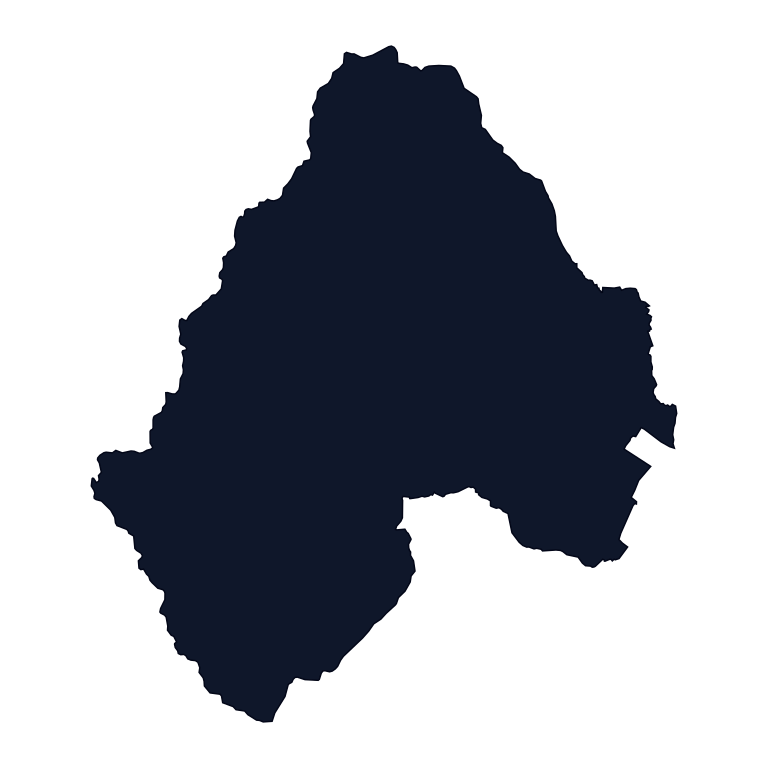 outline of Hang Chat, Lampang, Thailand
{"feature_id": "78962969B1257188222382", "entity_name": "Hang Chat", "entity_type": "district", "adm_level": 2, "iso_a3": "THA", "parent_name": "Thailand", "parent_adm1": "Lampang", "projection": "natural_earth1", "projection_center": [99.296, 18.345], "detail": "fine", "context": "isolated", "style": "filled", "palette": "ink", "viewbox_px": 768, "rotation_deg": 0, "n_neighbors": 0, "source": "geoboundaries", "source_scale": "gbopen_adm2", "svg_char_len": 6075}
<svg xmlns="http://www.w3.org/2000/svg" viewBox="0 0 768 768"><path d="M428.9,66.1L425.0,67.4L421.9,70.6L420.6,70.8L416.7,67.2L415.1,67.0L411.9,67.7L407.8,65.1L403.7,63.9L398.2,63.2L397.7,62.1L397.2,52.7L395.7,49.5L394.1,47.4L391.4,46.1L388.7,46.7L372.7,55.2L363.8,57.9L360.8,57.3L354.1,53.9L351.7,54.0L346.5,52.4L344.4,53.8L343.6,63.6L339.5,68.3L333.1,72.6L331.7,78.4L328.3,83.5L320.3,88.1L317.6,91.8L316.9,98.6L313.1,105.9L312.7,107.6L313.1,110.1L314.5,114.3L314.4,116.3L311.0,119.2L310.5,120.4L310.0,131.3L310.6,136.7L307.2,141.2L307.5,143.0L311.3,152.6L310.7,158.7L309.6,159.9L304.0,161.2L302.5,165.6L298.0,167.0L296.6,168.4L291.6,178.8L287.8,183.9L283.6,188.1L282.5,195.3L280.0,198.4L277.5,199.8L274.0,200.9L271.0,200.6L267.6,199.3L264.4,202.2L259.7,202.3L259.0,203.1L258.7,206.2L258.1,207.0L251.5,209.4L248.3,208.8L246.1,209.5L244.8,211.1L244.6,213.9L243.7,216.7L242.6,217.2L241.0,216.4L239.3,217.3L237.4,221.0L235.0,230.2L234.6,236.1L236.2,242.7L235.6,245.5L233.7,248.6L228.2,252.0L226.3,256.0L223.8,256.8L222.8,258.2L223.6,262.7L223.4,267.5L222.6,269.6L219.8,272.7L219.2,276.1L219.6,277.9L221.9,279.2L222.6,280.6L221.3,288.9L215.9,295.0L213.2,295.0L211.6,295.6L208.6,299.6L203.0,303.5L201.7,306.2L191.5,313.4L188.9,316.4L186.8,320.5L185.1,320.5L181.8,318.6L179.8,320.1L179.1,326.4L180.8,334.2L179.6,338.1L179.5,341.3L180.9,344.0L185.5,346.5L186.7,348.6L186.3,349.9L182.7,350.8L182.1,352.2L183.7,357.7L183.6,361.1L182.6,365.8L183.4,369.8L183.1,373.6L180.4,378.9L179.7,386.9L178.9,390.1L175.9,393.5L174.7,394.0L172.1,393.9L167.6,392.6L165.8,392.7L166.2,401.9L165.7,404.4L162.8,407.5L162.3,410.8L161.4,412.4L154.3,416.2L153.6,417.4L153.1,419.8L153.1,428.3L152.2,429.5L150.6,430.4L150.1,431.5L150.2,443.0L152.5,447.0L152.5,448.0L150.7,449.3L147.0,450.2L142.8,452.6L140.5,453.1L139.1,453.2L134.2,451.3L131.0,451.0L122.3,452.9L115.8,450.4L112.4,452.9L106.1,452.2L103.9,452.7L99.9,455.3L97.7,458.0L97.5,459.8L99.3,462.9L101.4,472.3L98.5,475.6L99.1,479.2L98.7,481.3L96.4,482.6L93.6,478.4L92.5,478.2L92.1,478.8L91.3,486.0L94.0,490.4L94.9,493.3L94.0,496.7L94.3,498.4L96.2,499.6L101.5,501.0L110.7,510.1L114.8,517.4L115.5,522.9L117.0,525.6L126.8,529.4L128.0,530.7L128.9,533.3L133.7,536.0L134.9,548.5L136.6,550.4L141.0,553.2L142.4,555.6L141.8,557.5L138.4,560.8L139.0,568.2L140.8,569.6L143.6,569.1L146.5,574.1L148.8,576.3L150.0,580.2L152.1,582.7L157.8,588.2L162.9,589.7L164.5,591.5L165.0,593.4L164.9,599.7L160.6,608.5L159.9,612.0L160.7,613.1L164.6,615.1L166.2,617.2L167.8,626.1L167.5,630.2L171.2,635.2L173.8,636.4L176.6,642.0L174.7,643.5L174.6,644.5L175.3,647.6L177.7,650.8L178.3,653.5L180.8,654.7L183.8,654.4L185.8,655.6L187.8,658.9L190.9,660.1L195.4,660.6L197.9,662.2L199.8,667.7L199.1,672.4L203.2,677.8L204.1,681.2L204.4,686.0L210.1,692.9L220.0,694.2L221.5,695.9L222.7,702.7L233.2,706.6L236.0,709.7L244.7,711.0L247.9,714.7L256.5,720.1L259.5,720.4L263.2,721.9L272.1,721.3L274.8,712.9L285.0,696.5L288.1,684.9L289.0,683.8L291.8,682.3L293.1,679.4L294.9,677.5L297.3,677.1L304.9,679.6L318.2,680.3L319.3,679.4L321.3,673.1L322.9,671.0L324.9,670.7L329.6,671.8L332.2,671.1L335.3,668.9L337.6,666.4L340.6,660.2L343.4,656.3L362.6,638.0L368.7,631.1L373.8,623.8L380.9,619.1L386.2,613.3L395.5,604.8L396.4,603.5L398.4,597.6L405.0,591.2L410.2,582.0L411.1,576.0L415.0,571.1L413.5,560.8L410.5,555.4L410.6,552.0L409.5,550.4L408.7,547.9L408.5,544.3L411.0,539.5L410.9,538.7L408.2,533.4L406.8,532.3L404.9,529.2L396.9,529.9L395.5,529.5L396.6,526.1L400.8,521.3L402.4,517.8L402.6,500.4L402.0,498.4L403.0,496.4L409.4,497.1L409.7,498.5L410.4,498.6L418.1,497.5L422.0,496.2L424.6,496.9L428.8,496.0L430.7,494.6L432.5,495.1L434.3,492.1L435.3,493.2L442.8,496.7L444.1,496.2L445.5,494.3L450.8,492.7L453.5,492.8L458.1,491.7L468.0,486.8L469.3,486.7L471.0,487.5L473.2,487.1L475.5,489.1L475.6,492.0L478.9,493.1L478.6,494.7L481.9,497.4L487.4,499.0L490.5,500.9L490.5,505.6L491.0,506.2L496.2,508.2L499.1,507.7L501.5,509.3L503.3,511.4L508.0,513.5L512.0,532.8L519.2,542.3L522.9,545.5L526.7,547.1L529.0,547.0L534.0,548.9L536.7,548.3L541.2,549.3L542.5,550.9L555.9,550.0L560.4,550.4L562.8,551.5L566.8,554.7L578.1,557.1L582.4,563.1L585.5,565.7L590.6,566.1L592.2,567.2L593.9,567.0L595.3,566.3L602.8,559.2L604.4,560.1L604.4,561.1L605.0,561.2L609.7,559.3L611.2,559.4L612.3,560.9L614.1,559.2L615.2,559.8L619.0,558.6L627.6,547.0L622.4,543.1L618.9,539.5L620.8,533.2L633.0,505.6L634.7,503.6L636.4,504.0L636.5,501.7L631.2,497.4L634.7,490.4L638.7,480.4L650.7,466.4L624.1,449.1L625.8,445.6L629.9,440.5L630.6,438.0L632.9,436.0L635.7,436.6L641.2,427.6L644.4,429.2L661.0,441.8L669.7,446.7L674.4,448.2L673.0,443.7L673.7,439.8L672.7,434.8L673.6,427.3L675.0,423.3L675.5,417.4L676.7,413.5L675.6,406.1L672.3,404.4L670.8,406.2L669.5,406.5L667.7,405.0L666.1,405.6L664.5,405.2L663.3,403.6L660.6,403.8L658.9,401.5L655.7,398.8L655.2,396.5L653.7,394.4L653.1,392.4L653.7,388.7L656.2,385.8L656.6,384.6L654.2,378.8L651.8,375.6L651.6,370.5L652.2,369.5L652.3,366.9L650.9,362.0L650.9,356.3L650.0,354.9L648.6,354.6L648.2,353.6L650.3,346.8L652.8,345.8L647.7,331.3L649.5,331.1L650.1,329.4L651.2,329.1L650.6,327.3L649.1,325.1L649.2,323.3L651.0,320.4L650.9,318.1L651.5,316.8L650.1,315.5L646.7,314.0L648.6,311.6L649.0,309.9L645.7,307.4L646.2,306.4L648.0,306.5L649.4,305.9L645.1,302.2L640.7,301.0L638.9,296.9L638.1,293.0L637.1,292.0L636.4,289.6L635.1,288.6L630.2,288.2L625.8,288.6L621.6,290.3L619.7,287.1L614.3,288.1L602.8,287.5L602.4,292.4L601.2,292.4L600.9,291.3L599.3,290.1L598.9,288.2L597.5,287.8L596.7,284.6L594.3,285.0L592.2,280.8L590.0,280.1L588.5,280.3L584.8,278.2L584.3,276.5L582.7,274.7L582.0,272.6L576.8,267.8L576.8,263.7L575.1,263.8L571.8,261.1L569.5,255.9L566.4,252.2L562.4,245.5L557.9,235.9L556.2,231.0L555.4,216.3L554.3,210.7L551.9,203.9L548.5,198.0L548.0,195.6L545.5,191.5L541.6,181.0L540.6,180.1L535.1,178.5L529.3,174.0L523.0,172.0L519.5,169.2L515.2,163.2L509.2,157.2L502.4,152.7L502.9,147.7L501.3,145.4L497.2,143.3L492.8,140.0L485.3,129.4L481.7,127.7L480.7,123.3L481.4,115.4L478.7,103.9L478.1,98.8L476.5,96.8L464.1,88.3L459.4,76.1L456.4,70.6L454.5,68.1L450.9,66.1L438.9,65.5L428.9,66.1Z" fill="#0f172a" stroke="#020617" stroke-width="1.5"/></svg>